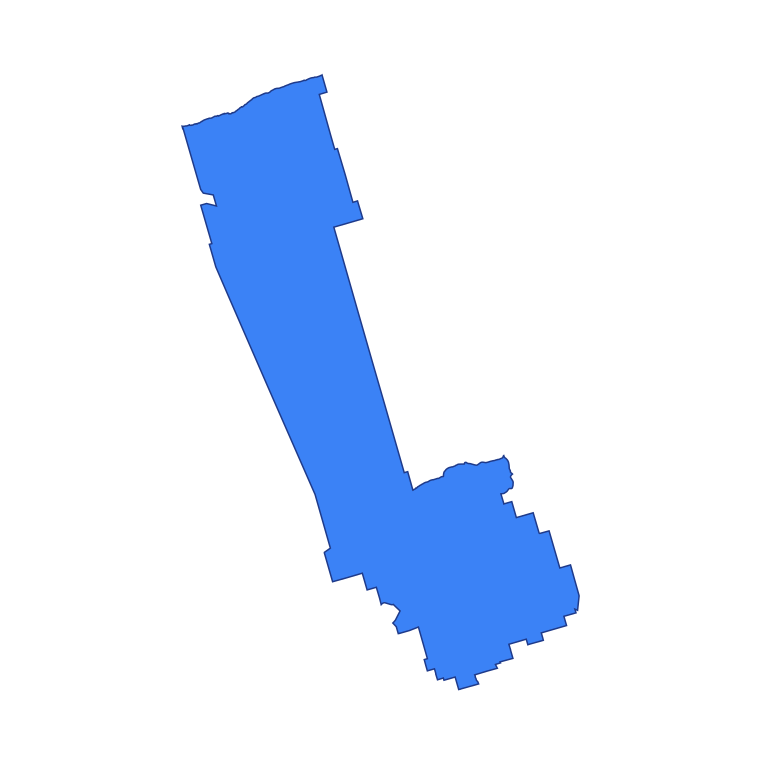 the district of Carnamah, Western Australia, Australia, rotated 74°
{"feature_id": "25037944B79646276692029", "entity_name": "Carnamah", "entity_type": "district", "adm_level": 2, "iso_a3": "AUS", "parent_name": "Australia", "parent_adm1": "Western Australia", "projection": "mercator", "projection_center": [115.345, -29.731], "detail": "fine", "context": "isolated", "style": "filled", "palette": "blue", "viewbox_px": 768, "rotation_deg": 74, "n_neighbors": 0, "source": "geoboundaries", "source_scale": "gbopen_adm2", "svg_char_len": 5780}
<svg xmlns="http://www.w3.org/2000/svg" viewBox="0 0 768 768"><g transform="rotate(74 384 384)"><path d="M622.8,254.7L612.1,254.6L609.3,254.6L609.3,265.7L570.7,265.8L570.6,275.5L570.0,276.0L548.9,276.1L548.9,293.6L532.3,293.6L532.3,301.9L531.1,301.8L521.8,301.9L522.2,299.3L522.2,298.7L521.4,296.0L520.9,295.1L519.4,293.2L519.2,292.8L519.1,292.5L519.1,292.2L519.1,291.7L519.4,291.2L519.6,290.8L519.6,290.4L519.6,290.1L519.4,289.5L519.2,289.3L518.3,288.7L517.2,288.0L514.3,287.0L513.9,286.9L512.9,286.9L509.6,287.8L508.8,288.1L508.4,288.1L508.1,288.0L507.2,287.4L506.4,286.2L506.0,285.3L505.2,285.7L504.5,286.3L503.3,286.8L502.7,286.5L501.9,286.5L500.0,286.9L496.1,286.1L493.5,285.9L492.0,286.1L491.0,286.4L489.2,287.3L488.1,288.2L486.8,288.6L486.0,288.6L485.8,288.6L485.9,288.9L487.5,290.2L487.7,290.5L487.8,291.7L487.9,292.3L487.9,292.8L488.1,293.5L488.2,294.3L487.9,295.4L488.0,296.0L487.9,297.4L488.0,298.3L488.0,298.8L487.8,300.7L487.7,302.9L487.7,304.0L487.8,305.2L487.7,307.4L487.6,308.0L487.4,308.4L486.4,310.5L486.3,310.9L486.1,312.0L486.2,312.9L487.5,316.4L487.6,316.9L487.5,317.6L486.7,319.2L486.3,319.9L485.8,320.6L485.2,321.7L484.5,322.7L484.1,323.6L483.6,325.0L483.0,325.8L482.1,326.6L481.9,326.8L481.8,327.1L481.8,327.6L481.8,327.9L482.0,328.2L482.6,328.5L482.9,328.7L483.0,328.9L483.0,329.1L482.2,332.1L481.7,334.2L481.6,334.7L481.6,335.2L481.9,336.3L482.0,336.7L481.9,337.1L482.4,338.5L482.4,339.5L482.6,340.8L482.4,341.7L482.3,342.4L482.4,343.0L482.3,343.9L482.3,344.5L482.6,346.0L482.9,346.9L483.3,347.9L484.3,349.2L484.7,350.0L485.2,350.5L485.6,350.8L486.3,351.2L487.3,351.7L488.8,352.2L489.1,352.3L489.2,352.5L489.3,352.7L489.2,353.0L489.0,353.6L489.0,354.2L489.1,355.0L489.6,356.6L489.8,357.4L489.7,357.8L489.6,358.1L489.5,358.9L489.6,361.0L489.6,362.9L489.6,363.1L489.4,364.0L489.4,365.3L489.4,365.9L489.7,367.4L490.0,368.2L490.1,368.7L490.1,369.8L490.0,371.4L490.1,371.7L490.2,372.6L490.6,373.9L490.9,375.5L491.2,376.4L491.4,377.4L491.5,377.9L491.9,378.7L492.1,379.7L492.2,380.1L492.7,380.8L492.8,381.1L493.0,381.6L492.9,381.9L493.1,381.9L493.3,382.4L493.7,384.4L494.1,385.4L494.1,385.5L474.8,385.4L474.8,389.0L403.8,389.0L356.0,389.1L305.5,389.1L219.4,389.0L219.3,358.8L200.7,359.0L200.8,363.8L172.4,363.6L144.9,363.9L144.9,366.7L130.9,366.7L87.8,366.4L87.7,358.4L69.9,358.4L70.0,358.6L70.0,359.6L70.3,361.2L70.3,362.0L70.4,363.7L70.4,364.4L70.2,365.1L69.9,366.1L70.0,366.5L70.1,367.0L70.0,367.3L69.9,368.1L69.8,368.5L69.7,370.2L69.9,372.2L70.3,374.6L70.6,375.4L70.5,376.0L70.5,376.4L70.3,376.6L70.0,376.9L70.0,377.4L70.2,378.1L70.2,378.5L70.3,381.5L70.1,382.3L70.1,383.1L69.6,386.9L69.6,388.6L69.6,389.5L69.7,391.9L69.8,392.6L70.0,393.3L70.0,394.4L70.3,397.5L70.5,398.0L70.6,398.3L70.5,399.7L70.6,400.4L70.6,401.3L70.8,402.8L70.7,403.8L70.5,404.5L70.2,406.1L70.2,406.5L70.3,406.9L70.2,407.2L70.2,407.6L70.5,408.8L70.8,410.1L71.0,411.3L71.3,412.1L71.9,413.2L72.2,414.1L72.3,414.8L72.3,415.4L72.2,416.0L72.1,416.4L71.8,417.1L71.7,418.3L71.9,418.7L71.9,419.0L71.8,419.4L71.9,419.9L72.0,420.1L72.0,420.6L72.5,423.6L72.6,424.4L72.7,425.0L72.7,425.4L72.7,426.0L72.6,427.0L72.8,427.7L73.1,428.5L73.0,430.1L73.1,430.6L73.6,432.0L74.2,432.7L74.5,433.9L74.9,434.7L75.0,435.1L75.7,436.7L76.1,437.8L76.9,438.9L77.1,440.0L77.1,440.6L78.0,442.0L78.2,442.7L78.7,443.5L78.6,443.8L78.5,444.0L78.3,444.4L78.2,444.6L78.5,445.0L78.6,445.3L78.9,446.5L79.3,447.1L79.6,447.5L79.9,448.7L80.3,449.4L80.4,449.8L80.7,450.3L80.9,451.4L81.5,452.3L81.6,453.0L81.6,454.1L81.7,454.6L81.4,454.9L81.4,455.2L81.8,456.0L82.0,456.5L82.0,456.9L81.9,457.5L81.8,457.8L81.6,457.9L81.5,458.7L81.3,458.9L81.0,459.1L80.9,459.1L80.7,459.0L80.4,459.5L80.5,461.0L80.4,461.6L80.4,462.0L80.2,462.4L80.3,463.0L80.1,463.0L79.9,463.1L80.1,463.6L80.1,463.8L80.2,464.4L80.1,464.7L80.0,464.9L80.2,465.3L80.3,466.6L80.5,467.3L80.7,468.6L80.7,468.9L80.6,469.2L80.7,469.4L80.2,469.7L80.2,470.0L80.3,470.2L80.2,470.5L80.4,470.9L80.5,471.5L80.4,471.7L80.3,471.8L80.1,472.2L80.0,473.2L80.3,473.9L80.4,474.5L80.5,475.2L80.6,475.4L80.7,475.8L80.8,476.7L80.8,477.1L80.3,478.9L80.3,479.0L80.5,479.6L80.4,480.8L80.5,481.8L80.6,483.5L80.7,484.3L80.9,485.3L81.4,486.4L81.4,486.6L81.3,486.8L81.3,487.0L81.7,488.0L82.2,489.3L82.1,489.8L82.0,490.6L82.4,491.7L82.5,492.2L82.4,492.4L82.1,492.5L82.0,493.2L82.2,493.7L81.9,494.3L82.0,495.0L82.1,495.3L82.1,495.7L82.3,496.2L82.3,497.1L82.3,497.6L82.1,497.7L82.0,497.9L82.0,498.9L81.8,499.4L81.7,499.5L81.2,499.6L81.2,499.9L81.5,500.5L81.5,500.9L81.5,501.7L81.6,502.5L81.3,503.3L81.3,503.9L81.2,504.6L81.1,505.7L80.9,506.0L80.9,506.3L80.6,506.8L80.5,507.0L83.0,507.1L82.9,506.7L146.5,506.6L150.7,505.1L155.2,496.0L166.7,496.0L161.6,504.8L161.6,510.9L201.6,510.8L201.6,513.4L225.1,513.4L256.1,509.4L353.2,496.6L471.2,480.7L527.0,480.8L529.4,487.7L529.9,487.9L559.9,487.9L560.0,473.9L559.9,457.0L577.3,457.0L577.3,447.4L588.5,447.3L595.3,447.5L594.7,446.5L594.5,445.8L594.3,445.1L594.3,444.5L594.3,444.2L594.5,443.5L594.8,443.0L597.7,438.5L598.2,437.6L598.4,437.0L598.5,436.4L598.5,435.7L599.4,435.3L606.6,431.1L614.1,438.1L615.2,439.7L616.2,441.4L620.7,439.1L627.9,439.1L627.9,437.7L628.0,437.7L628.0,430.6L628.0,427.5L627.2,418.9L627.1,418.5L627.1,417.9L660.0,418.0L660.0,421.3L666.3,421.4L671.7,421.4L671.7,414.0L676.4,414.0L677.0,414.2L683.1,414.1L683.0,408.0L685.3,408.0L685.3,396.4L698.3,396.4L698.3,395.7L698.4,394.8L698.3,394.0L698.3,393.0L698.4,375.7L696.1,375.9L694.3,376.8L692.2,376.8L691.2,377.1L689.8,376.8L688.6,377.0L688.4,364.7L688.5,353.4L684.3,354.2L684.2,348.9L683.1,349.1L683.3,335.7L674.7,335.7L674.4,335.6L668.6,335.7L668.5,317.6L672.7,317.6L674.3,317.6L674.2,316.1L674.3,301.5L671.9,301.4L666.6,301.4L666.5,275.1L656.9,275.1L656.9,262.5L653.0,262.6L654.9,260.3L641.8,255.0L641.0,254.8L622.8,254.7Z" fill="#3b82f6" stroke="#1e3a8a" stroke-width="1.5"/></g></svg>